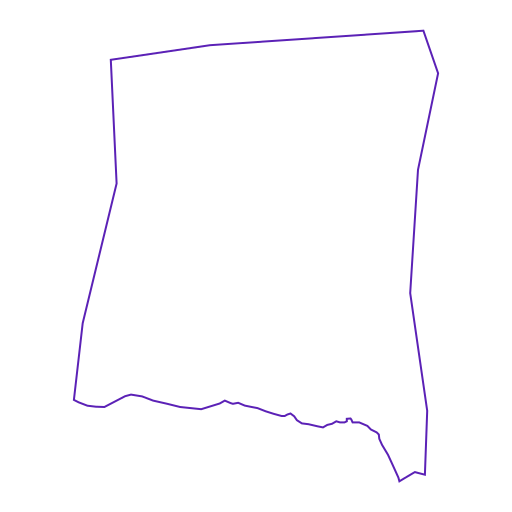 the district of Boma, Bas-Congo, Democratic Republic of the Congo
{"feature_id": "63176286B538038850114", "entity_name": "Boma", "entity_type": "district", "adm_level": 2, "iso_a3": "COD", "parent_name": "Democratic Republic of the Congo", "parent_adm1": "Bas-Congo", "projection": "equal_earth", "projection_center": [13.06, -5.819], "detail": "fine", "context": "isolated", "style": "outline", "palette": "violet", "viewbox_px": 512, "rotation_deg": 0, "n_neighbors": 0, "source": "geoboundaries", "source_scale": "gbopen_adm2", "svg_char_len": 910}
<svg xmlns="http://www.w3.org/2000/svg" viewBox="0 0 512 512"><path d="M399.4,481.3L404.5,478.2L414.8,472.1L424.9,474.7L427.2,410.8L410.2,293.1L418.0,169.8L438.1,73.3L423.4,30.7L210.0,45.2L110.8,59.8L116.6,183.5L82.7,323.2L73.9,399.9L78.6,402.3L87.4,405.7L95.8,406.7L104.4,407.0L125.1,396.2L131.0,394.6L142.1,396.4L153.1,400.6L167.2,403.8L180.1,407.0L201.2,409.2L219.7,403.5L224.8,400.6L230.6,403.1L232.9,403.8L238.2,402.8L244.8,405.6L251.7,407.0L257.5,408.1L265.7,411.3L273.6,413.8L281.6,416.0L284.7,416.0L287.4,414.5L290.5,413.5L294.2,416.3L296.9,420.2L301.9,423.4L308.5,424.2L317.5,426.3L323.0,427.4L327.3,424.9L332.0,423.8L336.3,421.3L340.0,422.4L344.5,422.4L346.8,421.3L346.8,418.8L350.5,418.5L351.3,419.5L352.6,422.4L359.2,422.4L367.4,425.9L370.9,429.5L376.7,432.4L378.8,434.5L379.3,438.8L382.0,444.8L388.0,454.8L393.1,465.9L398.4,477.6L399.4,481.3Z" fill="none" stroke="#5b21b6" stroke-width="2"/></svg>